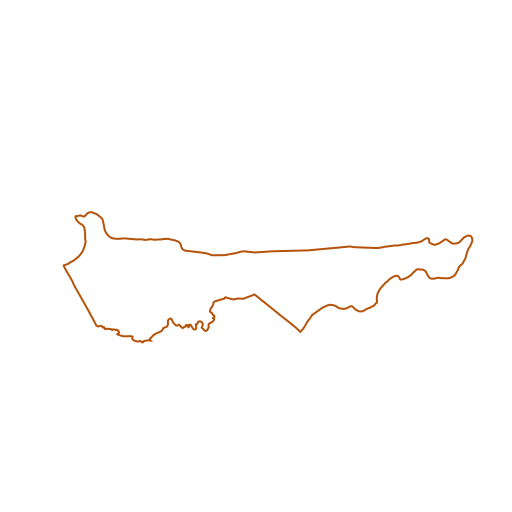 Salinas, Santa Elena, Ecuador, rotated 132°
{"feature_id": "8360857B49766571468879", "entity_name": "Salinas", "entity_type": "district", "adm_level": 2, "iso_a3": "ECU", "parent_name": "Ecuador", "parent_adm1": "Santa Elena", "projection": "orthographic", "projection_center": [-80.916, -2.26], "detail": "fine", "context": "isolated", "style": "outline", "palette": "amber", "viewbox_px": 512, "rotation_deg": 132, "n_neighbors": 0, "source": "geoboundaries", "source_scale": "gbopen_adm2", "svg_char_len": 6131}
<svg xmlns="http://www.w3.org/2000/svg" viewBox="0 0 512 512"><g transform="rotate(132 256 256)"><path d="M282.7,172.3L278.5,172.3L275.0,172.8L271.3,173.7L269.2,174.0L266.5,174.1L262.5,174.8L253.6,172.9L249.8,171.9L249.0,171.7L245.0,169.9L243.2,168.8L242.4,168.0L240.6,165.2L239.8,163.1L239.4,160.3L239.1,159.1L238.3,157.9L237.6,156.6L235.7,154.7L235.1,154.2L232.9,153.1L230.9,152.5L229.8,151.9L229.4,151.5L229.0,150.3L229.2,146.2L228.9,144.7L228.1,142.3L227.5,141.5L226.3,140.3L225.4,139.6L223.7,139.0L222.4,138.7L219.7,137.6L218.5,136.8L216.5,136.2L214.5,135.3L212.4,135.1L211.4,135.4L209.8,134.9L208.7,135.7L208.1,136.4L206.7,137.9L205.4,138.9L204.2,139.5L203.2,140.2L202.4,140.6L199.8,141.3L198.7,141.5L196.0,141.9L191.4,141.8L190.7,141.9L189.6,141.9L188.3,141.6L186.8,141.4L185.3,141.4L183.2,141.1L182.7,141.1L178.9,139.8L178.2,139.5L176.9,138.4L176.1,137.6L175.8,136.1L176.3,134.8L176.8,133.9L176.6,132.6L175.5,131.6L173.3,130.3L170.8,129.3L170.1,128.8L168.5,128.6L166.4,128.0L164.2,128.1L163.2,128.0L162.1,128.0L160.8,127.7L158.7,127.6L157.7,127.0L154.4,122.7L153.8,120.2L154.2,118.9L154.9,116.8L155.4,115.8L155.7,114.6L156.0,113.1L156.0,112.0L155.5,110.4L154.8,109.8L154.2,109.0L153.7,108.5L152.8,107.8L152.1,107.5L150.6,106.3L149.8,105.5L148.6,103.6L145.0,99.4L143.9,98.3L142.9,97.5L141.9,96.9L140.2,96.3L139.3,95.8L138.4,95.5L135.5,95.6L133.5,96.2L131.2,96.6L129.3,97.5L127.8,97.9L126.4,97.8L123.4,97.4L119.0,98.5L118.2,98.6L116.2,99.5L113.2,101.0L112.3,101.6L109.6,102.5L108.7,103.0L107.0,103.2L104.2,103.8L100.4,105.1L99.7,105.6L98.4,107.0L97.5,109.0L97.7,110.4L98.2,111.3L99.5,112.5L103.2,113.9L104.5,113.8L105.8,114.1L107.0,113.8L107.8,114.1L109.1,114.0L110.5,114.2L112.3,115.3L113.1,116.1L113.8,116.6L114.4,117.2L114.8,117.8L115.1,118.2L115.7,119.5L115.7,121.0L115.8,121.4L116.0,123.3L116.0,124.2L116.3,125.4L116.7,126.4L118.6,127.0L120.5,127.4L123.2,128.1L124.6,128.6L127.5,130.2L128.3,130.9L128.8,131.8L129.1,133.1L129.8,134.7L129.9,135.9L129.8,136.6L128.4,137.9L127.7,138.9L127.8,140.2L128.4,140.9L128.8,141.2L129.4,141.5L132.1,142.3L134.6,142.9L136.6,144.1L139.1,145.8L141.2,147.9L141.9,148.3L142.9,149.3L144.8,150.6L145.6,151.5L146.4,151.9L149.0,154.3L151.2,155.9L154.1,158.4L155.9,160.5L156.8,161.1L158.5,162.7L161.0,164.7L163.2,166.7L164.9,167.8L165.8,168.7L166.8,169.3L168.7,171.0L169.9,172.3L183.8,189.0L184.8,190.7L185.6,191.9L186.9,193.4L189.1,195.3L217.0,221.1L241.6,247.0L254.2,259.3L259.8,267.1L260.9,268.4L262.2,269.6L267.6,273.1L274.1,278.2L274.5,278.4L275.5,279.1L276.9,280.4L284.9,289.2L286.3,292.7L287.4,294.9L287.7,295.5L293.1,303.4L298.8,311.3L299.7,312.7L300.1,315.0L300.0,315.8L299.2,317.7L298.1,319.2L297.4,320.8L297.2,321.9L297.3,323.1L298.4,326.3L302.4,333.2L303.0,333.9L303.6,334.3L304.0,334.6L304.9,335.9L307.0,337.4L309.9,340.5L310.7,341.1L312.2,342.7L313.5,344.9L314.1,345.5L315.9,347.3L317.5,348.3L318.1,349.1L318.9,350.0L319.4,351.0L320.5,352.6L323.5,355.7L331.1,365.8L335.1,369.5L337.5,372.4L338.3,373.5L339.0,374.9L339.4,375.8L339.7,378.2L339.7,379.8L339.2,382.4L338.1,385.5L337.5,386.4L336.9,387.0L334.9,389.7L332.4,393.2L331.4,394.9L331.2,396.2L331.2,398.4L331.4,401.7L331.6,402.8L332.6,405.1L333.2,407.1L334.0,408.1L335.1,409.0L337.0,409.9L341.3,409.9L342.1,410.6L342.5,411.5L343.4,413.8L346.4,415.9L346.9,416.5L347.7,416.4L348.3,415.9L349.0,414.2L349.3,413.4L349.7,410.3L349.7,409.3L349.5,407.5L349.1,406.3L349.1,405.2L349.5,403.7L349.9,402.5L350.3,401.9L351.3,400.7L353.7,398.0L357.4,394.6L358.9,392.6L359.9,391.8L360.9,391.3L362.1,390.6L363.9,389.7L365.0,389.3L366.7,388.6L368.4,388.0L373.9,387.4L375.7,387.5L379.0,388.1L380.9,388.3L381.7,388.5L382.8,389.0L386.3,390.2L387.3,390.3L388.0,390.5L391.0,392.3L391.7,392.6L392.6,390.8L394.3,385.9L396.3,379.5L397.8,375.2L399.4,371.8L408.7,344.0L410.8,338.3L411.8,335.2L414.0,329.4L414.3,328.8L414.5,328.1L414.4,326.9L414.0,326.2L411.8,324.7L411.5,324.3L411.3,323.9L411.3,323.4L411.6,322.5L411.6,322.0L411.4,321.8L410.9,321.7L410.6,321.4L410.7,320.9L411.2,320.0L411.2,319.7L411.2,319.2L410.0,318.2L408.4,316.4L407.3,314.7L407.1,314.1L407.3,313.7L407.3,313.3L407.0,313.2L406.3,313.2L406.0,312.9L405.0,311.5L404.8,310.6L403.9,310.1L403.8,309.9L403.7,309.6L403.8,308.6L404.0,307.2L404.2,306.9L404.6,306.6L405.1,306.4L405.7,306.3L405.9,306.3L406.6,306.9L406.8,306.9L407.0,306.7L406.9,306.2L405.5,303.0L404.7,301.3L404.3,300.7L402.5,298.7L401.0,297.2L399.1,295.1L398.8,294.5L398.6,294.0L398.7,293.6L399.0,293.4L399.9,293.0L400.4,292.3L400.5,291.6L400.5,290.6L399.9,288.8L398.6,286.5L398.2,286.1L397.1,285.6L396.7,285.1L396.5,284.9L396.4,284.2L396.4,282.7L396.2,282.5L395.8,282.3L395.2,282.6L394.8,282.6L393.2,281.7L390.6,279.4L389.4,277.7L389.3,278.6L389.1,279.0L388.7,279.4L388.0,279.4L386.2,279.3L384.1,279.3L381.9,278.9L378.8,277.7L376.8,276.7L374.9,276.0L372.8,276.2L371.9,276.7L370.0,275.9L368.9,275.2L367.9,275.0L367.2,275.0L366.2,275.5L364.8,276.4L364.0,277.4L363.0,278.1L361.7,278.4L360.9,278.2L359.6,277.7L359.4,276.5L360.8,273.3L361.1,271.2L361.1,268.9L360.4,267.9L358.5,267.2L358.8,264.3L358.7,262.3L357.6,262.0L356.9,261.9L356.0,261.3L355.5,261.2L354.6,261.7L354.0,261.8L353.5,261.3L353.4,260.6L353.8,259.8L354.1,258.6L353.1,258.5L352.3,259.3L351.9,259.6L351.0,258.9L350.9,257.9L351.5,256.5L351.9,254.9L352.2,254.0L352.1,252.8L351.4,252.2L350.5,251.8L349.5,252.3L348.4,253.7L347.6,254.2L347.1,254.9L346.4,254.2L344.7,254.5L344.1,254.9L343.0,254.7L342.0,253.9L341.5,252.9L341.5,251.7L342.0,250.3L342.7,249.5L345.6,248.4L345.7,244.7L345.6,243.3L344.4,242.7L343.3,242.7L342.1,243.0L340.3,243.7L339.3,244.9L338.0,245.6L336.3,245.2L334.8,244.5L333.0,244.2L331.6,244.5L330.7,245.0L331.0,246.4L330.7,246.5L329.4,246.1L328.6,246.7L328.3,247.4L328.5,248.3L328.4,249.1L327.9,250.3L327.8,250.9L328.3,252.5L327.8,253.4L325.1,254.6L323.6,254.6L321.1,255.2L320.1,255.7L319.1,256.4L318.2,256.6L316.5,255.8L310.3,251.9L309.0,251.1L308.5,251.0L307.9,251.2L307.1,251.1L306.7,250.1L304.5,245.6L303.5,243.9L302.9,243.3L300.3,241.4L300.4,241.6L299.3,240.6L296.9,237.5L296.2,236.8L287.6,232.3L285.6,231.5L285.3,227.1L285.1,221.0L284.9,220.4L283.7,197.0L283.0,187.5L282.6,177.8L282.7,172.3Z" fill="none" stroke="#b45309" stroke-width="2"/></g></svg>